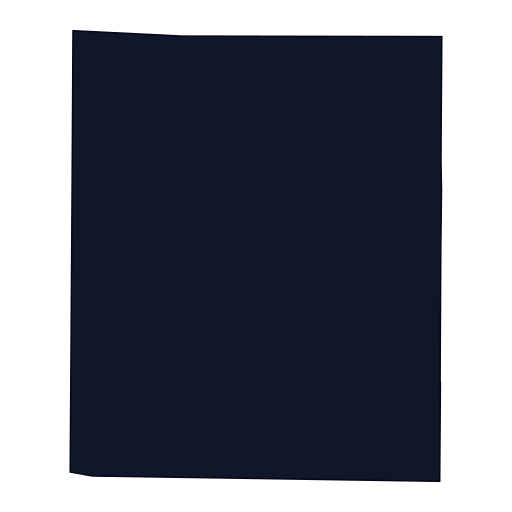 Union, Indiana, United States of America
{"feature_id": "52423323B55431880167171", "entity_name": "Union", "entity_type": "district", "adm_level": 2, "iso_a3": "USA", "parent_name": "United States of America", "parent_adm1": "Indiana", "projection": "mercator", "projection_center": [-84.88, 39.626], "detail": "fine", "context": "isolated", "style": "filled", "palette": "ink", "viewbox_px": 512, "rotation_deg": 0, "n_neighbors": 0, "source": "geoboundaries", "source_scale": "gbopen_adm2", "svg_char_len": 339}
<svg xmlns="http://www.w3.org/2000/svg" viewBox="0 0 512 512"><path d="M439.7,481.3L440.1,424.6L440.4,385.1L440.4,382.9L440.3,382.0L440.1,380.6L440.8,249.1L441.5,190.5L441.0,161.5L441.1,137.0L441.8,36.6L181.7,36.1L73.0,30.7L72.8,62.3L72.1,187.8L70.2,472.0L92.4,476.0L439.7,481.3Z" fill="#0f172a" stroke="#020617" stroke-width="1.5"/></svg>